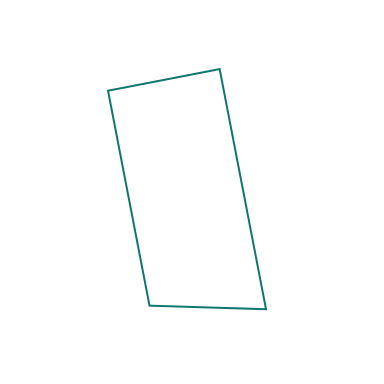 the district of 58, Ar Rayyān, Qatar, rotated 212°
{"feature_id": "91078587B98938999484026", "entity_name": "58", "entity_type": "district", "adm_level": 2, "iso_a3": "QAT", "parent_name": "Qatar", "parent_adm1": "Ar Rayyān", "projection": "orthographic", "projection_center": [51.48, 25.241], "detail": "fine", "context": "isolated", "style": "outline", "palette": "teal", "viewbox_px": 384, "rotation_deg": 212, "n_neighbors": 0, "source": "geoboundaries", "source_scale": "gbopen_adm2", "svg_char_len": 223}
<svg xmlns="http://www.w3.org/2000/svg" viewBox="0 0 384 384"><g transform="rotate(212 192 192)"><path d="M167.8,73.1L67.1,131.8L233.7,310.9L316.9,233.4L167.8,73.1Z" fill="none" stroke="#0f766e" stroke-width="2"/></g></svg>